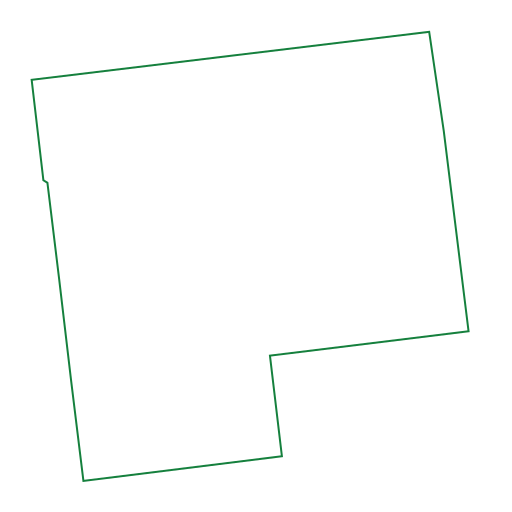 McLeod, Minnesota, United States of America, rotated 353°
{"feature_id": "52423323B8847059572171", "entity_name": "McLeod", "entity_type": "district", "adm_level": 2, "iso_a3": "USA", "parent_name": "United States of America", "parent_adm1": "Minnesota", "projection": "orthographic", "projection_center": [-94.33, 44.805], "detail": "fine", "context": "isolated", "style": "outline", "palette": "green", "viewbox_px": 512, "rotation_deg": 353, "n_neighbors": 0, "source": "geoboundaries", "source_scale": "gbopen_adm2", "svg_char_len": 312}
<svg xmlns="http://www.w3.org/2000/svg" viewBox="0 0 512 512"><g transform="rotate(353 256 256)"><path d="M54.2,154.9L57.9,157.9L57.8,255.8L57.3,357.3L57.3,458.2L257.3,457.9L257.7,356.6L457.8,356.6L457.6,154.9L455.2,54.6L255.8,54.2L54.8,53.8L54.2,154.9Z" fill="none" stroke="#15803d" stroke-width="2"/></g></svg>